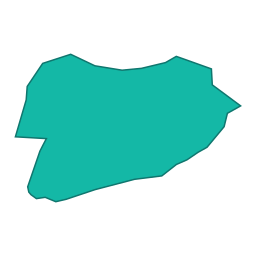 outline of O'giinuur, Arhangay, Mongolia
{"feature_id": "93677404B35332958759491", "entity_name": "O'giinuur", "entity_type": "district", "adm_level": 2, "iso_a3": "MNG", "parent_name": "Mongolia", "parent_adm1": "Arhangay", "projection": "mercator", "projection_center": [102.599, 47.708], "detail": "fine", "context": "isolated", "style": "filled", "palette": "teal", "viewbox_px": 256, "rotation_deg": 0, "n_neighbors": 0, "source": "geoboundaries", "source_scale": "gbopen_adm2", "svg_char_len": 578}
<svg xmlns="http://www.w3.org/2000/svg" viewBox="0 0 256 256"><path d="M15.4,136.8L46.4,138.6L43.0,145.1L39.9,151.2L39.8,151.5L27.7,186.8L28.8,192.1L31.0,194.7L36.4,198.6L45.2,197.3L55.8,201.7L66.1,199.3L95.1,189.6L134.5,179.3L161.8,175.9L176.1,164.7L176.3,164.5L187.0,159.8L198.2,152.2L198.4,152.1L206.8,147.4L207.0,147.3L224.1,126.7L227.4,113.3L240.6,105.9L212.3,84.9L211.4,68.9L185.1,59.5L176.3,56.4L165.5,62.6L142.1,68.2L141.9,68.3L122.1,70.2L94.9,65.8L70.7,54.3L42.7,63.4L27.3,86.3L27.2,86.5L26.2,99.9L15.4,136.8Z" fill="#14b8a6" stroke="#0f766e" stroke-width="1.5"/></svg>